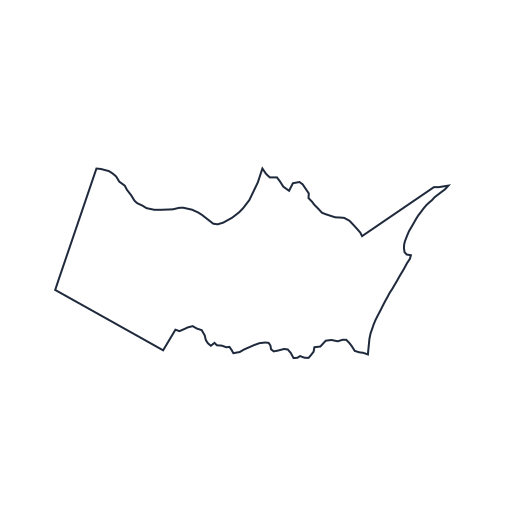 the district of Parnaíba, Piauí, Brazil, rotated 77°
{"feature_id": "56859067B40128359128951", "entity_name": "Parnaíba", "entity_type": "district", "adm_level": 2, "iso_a3": "BRA", "parent_name": "Brazil", "parent_adm1": "Piauí", "projection": "orthographic", "projection_center": [-41.745, -2.939], "detail": "fine", "context": "isolated", "style": "outline", "palette": "slate", "viewbox_px": 512, "rotation_deg": 77, "n_neighbors": 0, "source": "geoboundaries", "source_scale": "gbopen_adm2", "svg_char_len": 2069}
<svg xmlns="http://www.w3.org/2000/svg" viewBox="0 0 512 512"><g transform="rotate(77 256 256)"><path d="M134.9,391.8L208.3,437.3L234.1,453.3L243.9,459.3L307.1,389.6L327.0,367.7L309.7,351.1L312.0,347.5L311.0,342.1L310.2,338.4L310.1,333.5L313.5,329.8L316.0,325.6L321.9,323.8L326.6,323.8L330.2,322.5L333.3,320.2L331.3,316.0L334.2,314.2L335.6,309.6L338.2,305.5L338.6,302.3L342.2,300.9L345.6,299.9L345.9,293.5L344.4,288.6L343.5,283.8L342.4,278.0L341.7,272.2L342.4,266.4L343.5,263.2L346.5,262.1L350.3,262.3L352.9,260.2L353.1,256.3L352.9,249.6L354.2,246.1L358.1,244.0L363.9,242.4L364.5,238.6L363.4,235.6L366.0,231.7L367.1,227.7L364.9,224.7L362.2,221.4L358.0,219.6L358.7,213.7L354.2,207.1L354.8,201.4L357.5,195.5L357.1,190.5L358.0,186.9L361.6,184.7L365.3,183.0L370.7,181.1L373.2,176.8L374.4,173.4L377.1,169.1L373.7,168.0L368.7,166.3L362.2,164.1L357.2,161.8L352.3,158.7L349.2,156.8L345.3,154.0L341.9,151.2L336.8,146.8L332.8,143.5L329.6,140.8L325.4,137.0L321.7,133.8L318.7,130.6L316.1,128.2L313.0,125.2L307.6,120.3L302.0,114.9L297.1,110.6L293.4,106.7L290.1,104.9L288.5,108.8L285.7,110.4L281.7,110.1L278.2,109.1L275.2,107.6L271.9,105.4L268.9,103.3L266.3,101.4L262.1,97.4L258.4,94.0L255.8,91.6L252.8,88.6L250.4,85.6L247.4,82.1L244.8,78.6L242.7,75.0L241.2,72.0L239.0,68.9L237.1,64.8L235.2,60.6L233.6,56.9L230.7,52.7L230.0,62.7L228.9,67.1L260.5,148.2L256.7,149.1L253.5,150.8L248.1,153.8L242.7,157.0L238.7,161.5L237.4,165.5L236.2,169.9L234.6,172.7L230.9,178.8L228.7,182.0L224.3,184.5L219.1,187.7L215.7,189.2L211.4,191.8L206.9,190.5L196.7,194.4L193.7,197.0L193.4,203.7L199.9,209.1L194.6,213.8L189.4,215.6L184.1,217.9L182.5,224.9L178.3,227.7L172.2,230.1L184.6,237.6L200.0,249.9L204.2,255.0L206.3,257.5L209.5,262.4L211.9,267.5L213.4,270.9L216.1,280.4L216.5,286.2L214.9,290.4L203.7,299.5L200.4,302.8L196.5,307.9L192.6,316.0L191.8,319.8L191.8,326.7L189.7,337.7L188.1,344.7L184.7,352.0L181.3,355.4L177.8,359.9L174.9,361.9L168.7,364.0L162.4,366.9L158.0,368.0L152.8,372.5L147.0,374.4L143.4,377.1L140.2,380.2L136.3,387.6L134.9,391.8Z" fill="none" stroke="#1e293b" stroke-width="2"/></g></svg>